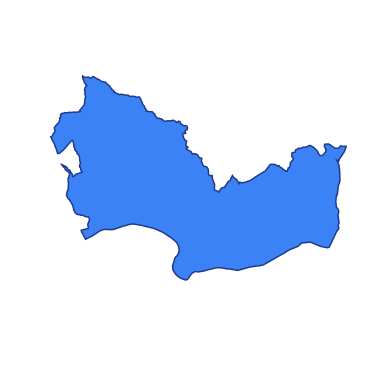 the district of Daesti, Vâlcea, Romania, rotated 286°
{"feature_id": "2599482B34599857525673", "entity_name": "Daesti", "entity_type": "district", "adm_level": 2, "iso_a3": "ROU", "parent_name": "Romania", "parent_adm1": "Vâlcea", "projection": "equal_earth", "projection_center": [24.416, 45.181], "detail": "fine", "context": "isolated", "style": "filled", "palette": "blue", "viewbox_px": 384, "rotation_deg": 286, "n_neighbors": 0, "source": "geoboundaries", "source_scale": "gbopen_adm2", "svg_char_len": 5978}
<svg xmlns="http://www.w3.org/2000/svg" viewBox="0 0 384 384"><g transform="rotate(286 192 192)"><path d="M274.6,306.6L273.9,306.3L272.5,306.6L270.0,308.7L269.7,309.5L266.7,309.1L263.7,307.7L263.0,306.9L262.3,305.2L262.5,304.7L263.2,303.6L265.9,301.2L266.8,299.7L268.5,296.4L268.8,294.7L269.4,292.9L268.7,291.5L267.7,290.8L267.5,290.1L266.6,289.2L266.2,288.3L265.8,286.7L263.9,284.2L263.5,283.4L263.6,282.6L262.1,281.4L261.3,280.2L259.6,279.9L258.8,280.1L258.3,279.5L257.7,277.9L256.8,277.2L255.2,278.0L253.8,278.0L252.9,279.0L252.5,279.7L251.0,280.6L248.8,279.1L247.6,278.6L246.2,278.6L243.9,279.2L241.8,278.5L241.7,277.9L238.2,277.9L238.2,275.1L238.9,274.1L239.0,273.1L239.8,271.8L240.2,269.8L241.3,268.3L240.5,267.7L241.2,264.9L241.2,264.1L240.8,261.4L240.0,259.6L232.4,256.6L223.9,248.8L221.7,247.1L218.2,243.9L217.6,242.5L216.2,240.9L214.5,237.1L214.4,236.5L214.7,235.6L214.5,235.0L213.0,234.9L216.0,231.7L216.9,229.9L217.2,228.3L219.0,226.3L215.7,225.6L214.3,225.7L213.4,225.3L212.4,224.2L205.2,221.8L205.0,220.7L204.4,219.8L203.2,219.0L200.4,217.9L199.2,217.8L200.0,215.2L200.0,213.5L200.4,212.9L205.5,211.6L210.7,207.8L213.2,207.0L213.4,206.5L212.8,205.2L212.8,204.0L212.9,203.6L214.0,202.9L217.5,201.7L218.6,201.1L220.1,199.3L220.2,196.1L220.5,195.4L224.0,192.7L224.9,192.3L226.6,192.3L227.0,192.0L227.2,191.4L226.9,190.3L227.0,189.6L229.5,186.7L229.5,183.5L228.7,181.9L228.7,181.5L230.2,180.4L230.6,179.9L231.0,178.1L231.1,176.8L231.8,174.7L232.2,174.5L233.0,175.3L233.9,175.8L234.4,174.7L234.6,173.3L239.3,172.8L239.7,172.4L239.9,171.9L239.7,171.1L239.9,170.6L241.3,169.7L242.0,168.5L243.2,168.4L244.8,166.9L246.1,167.6L246.2,169.2L246.5,169.7L247.2,169.5L248.6,168.5L249.6,168.8L250.3,170.0L251.1,170.2L252.4,170.1L253.9,169.1L254.0,167.2L253.3,165.8L253.4,165.2L253.9,164.5L254.1,163.8L254.0,163.2L254.5,162.7L254.5,162.3L256.2,161.2L256.4,159.6L256.1,159.2L255.0,159.0L254.6,158.3L255.0,157.3L255.4,156.9L255.3,156.4L255.9,154.2L254.9,152.7L254.9,152.2L254.5,151.8L254.5,151.4L253.9,150.6L254.0,150.0L253.8,149.1L252.5,146.5L252.5,145.0L253.1,144.3L253.8,142.8L253.8,142.2L253.5,141.7L254.0,140.4L253.5,139.5L253.3,138.1L254.2,137.4L255.2,135.4L256.8,134.6L256.9,133.4L258.1,132.0L258.1,131.2L257.8,129.7L257.4,129.1L257.3,127.6L257.6,126.9L257.2,126.3L257.2,125.7L258.8,124.9L259.9,123.4L261.1,122.9L262.6,120.4L264.4,119.5L265.8,117.7L267.0,117.4L267.2,117.1L267.3,116.5L268.5,115.7L268.8,115.2L268.8,114.7L267.8,112.9L268.0,111.1L267.9,109.3L266.8,105.9L266.9,105.2L267.4,104.5L267.5,103.6L266.7,101.5L266.6,97.7L266.0,95.9L265.6,95.7L265.6,94.5L266.1,93.7L265.9,92.4L266.4,90.8L266.2,90.0L267.1,89.7L267.0,89.2L267.5,88.9L268.1,87.9L268.1,87.1L269.1,86.4L269.6,85.3L270.2,84.7L270.3,84.3L271.3,83.5L271.4,82.6L272.2,81.4L272.2,80.7L273.0,80.0L273.4,78.9L273.7,78.6L273.5,77.6L273.7,77.1L273.4,76.0L273.5,75.5L273.3,75.0L273.6,73.5L273.9,72.8L274.1,72.1L274.6,71.6L274.4,69.9L274.7,69.5L275.2,66.7L275.8,66.1L275.5,64.7L273.7,63.7L273.2,63.0L273.8,61.2L273.8,60.6L272.8,58.0L272.7,57.3L273.4,55.0L272.1,55.2L270.4,56.2L269.2,57.4L267.7,58.1L267.1,59.2L266.3,59.9L266.2,60.7L265.7,61.4L265.3,61.4L264.5,60.8L263.0,60.9L262.4,60.4L261.6,60.6L261.0,60.5L260.2,60.6L259.9,61.1L256.8,62.0L253.9,63.5L252.8,63.6L251.3,63.5L249.7,64.0L245.9,64.4L240.1,61.8L239.1,61.7L238.6,62.4L237.0,59.4L236.0,55.7L235.2,54.2L234.9,52.4L233.9,50.5L233.2,47.9L232.0,46.5L232.0,45.6L231.5,45.6L231.2,44.8L230.3,44.3L229.4,44.5L229.1,44.9L228.3,45.1L227.1,44.8L226.6,44.3L225.7,45.0L222.8,44.9L216.2,41.9L214.1,42.6L213.6,43.3L213.1,43.5L211.9,43.5L211.0,43.3L210.3,42.7L208.0,42.5L206.6,41.7L206.0,41.0L205.1,42.1L203.5,43.2L202.6,44.3L200.2,46.5L197.7,48.2L196.1,49.6L191.9,52.2L192.4,53.7L195.8,56.1L199.4,58.0L207.8,61.8L208.6,62.6L208.2,63.4L205.8,64.9L202.9,66.1L201.5,67.4L200.2,67.7L198.9,70.3L197.2,70.9L196.9,72.2L195.5,73.7L192.0,75.3L190.6,75.7L189.3,76.9L186.7,76.6L185.9,76.7L184.8,77.5L184.1,78.6L182.6,79.0L181.8,79.6L181.1,80.7L180.7,80.9L177.2,75.7L176.1,74.8L174.5,74.2L174.0,73.2L175.8,72.2L176.9,71.1L177.8,69.7L179.2,68.7L179.5,66.6L180.0,65.9L181.2,65.0L182.0,62.0L181.5,61.0L182.5,60.2L182.6,59.6L182.5,59.1L181.9,60.1L180.9,60.9L180.2,63.1L179.3,63.5L178.5,64.1L177.8,65.8L177.0,68.4L176.5,68.9L173.4,69.6L171.1,69.1L167.8,70.2L165.9,71.0L162.6,71.7L161.2,72.2L157.8,71.9L154.3,72.2L151.7,74.5L150.3,76.8L148.0,79.4L145.0,81.8L143.5,82.7L142.0,83.2L141.0,84.7L139.9,85.2L139.0,87.0L138.9,89.3L139.2,90.4L138.9,91.4L139.3,92.3L139.5,93.8L139.1,95.4L139.0,97.4L139.5,99.1L138.6,100.3L137.1,101.1L135.8,101.1L132.6,100.7L131.9,100.8L130.5,101.4L129.9,101.9L128.4,102.2L124.6,96.0L123.3,96.9L117.2,102.7L120.6,106.3L121.7,107.7L128.9,113.9L131.2,116.8L132.3,119.3L133.3,124.0L134.2,126.7L140.3,135.4L143.9,141.4L144.6,143.1L145.3,145.8L146.0,152.8L146.5,165.6L146.2,168.4L145.1,175.5L142.4,184.3L139.9,190.0L138.2,192.4L135.8,194.2L133.0,195.5L130.0,196.0L126.7,195.3L125.1,194.2L123.4,193.8L115.5,193.7L112.5,194.9L111.4,195.6L109.0,198.2L107.4,200.9L106.3,203.9L105.9,206.1L105.6,209.4L106.0,210.8L106.9,211.8L112.3,213.7L113.8,214.4L115.9,216.3L116.5,217.3L116.9,220.0L119.2,225.0L121.3,228.1L123.8,232.7L125.4,235.2L126.6,238.4L127.2,241.1L127.8,247.3L128.2,248.1L129.2,257.3L129.4,257.9L135.9,268.4L140.5,278.8L141.6,280.7L156.6,295.3L159.1,298.0L160.8,299.2L164.0,302.4L168.7,308.6L173.3,311.6L176.4,319.5L175.2,330.9L175.7,337.4L176.7,339.1L194.4,342.0L195.0,342.5L196.8,343.0L198.3,342.9L199.1,342.3L200.9,341.6L202.3,342.0L203.0,341.8L204.2,341.2L205.3,341.0L206.8,340.0L208.4,339.5L209.2,338.9L211.1,338.6L212.3,338.6L214.5,338.1L215.9,337.0L216.3,336.1L217.0,335.6L217.7,334.7L222.7,332.8L226.5,332.1L228.5,332.1L230.0,332.3L238.5,330.9L241.3,331.2L243.6,331.1L253.6,327.9L258.4,325.8L260.6,324.2L262.5,322.3L262.5,323.6L262.2,324.5L264.0,324.5L272.6,327.3L278.4,327.7L277.3,323.8L277.4,322.7L277.3,322.1L274.7,321.0L273.8,318.8L273.6,317.7L273.6,317.0L275.4,311.7L275.8,309.9L274.6,306.6Z" fill="#3b82f6" stroke="#1e3a8a" stroke-width="1.5"/></g></svg>